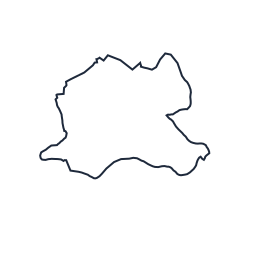 Ini, Akwa Ibom, Nigeria, rotated 134°
{"feature_id": "59680162B87442417129591", "entity_name": "Ini", "entity_type": "district", "adm_level": 2, "iso_a3": "NGA", "parent_name": "Nigeria", "parent_adm1": "Akwa Ibom", "projection": "robinson", "projection_center": [7.758, 5.403], "detail": "fine", "context": "isolated", "style": "outline", "palette": "slate", "viewbox_px": 256, "rotation_deg": 134, "n_neighbors": 0, "source": "geoboundaries", "source_scale": "gbopen_adm2", "svg_char_len": 2534}
<svg xmlns="http://www.w3.org/2000/svg" viewBox="0 0 256 256"><g transform="rotate(134 128 128)"><path d="M154.0,202.4L155.4,199.9L157.7,200.0L159.5,196.7L160.8,195.0L161.6,193.2L161.9,191.5L162.9,188.8L164.4,185.2L165.6,183.8L168.2,180.4L169.9,178.6L172.7,174.6L173.7,172.7L174.4,171.9L173.7,170.8L174.3,168.5L176.6,167.0L178.3,166.2L179.9,166.5L182.6,166.5L184.3,166.9L184.6,166.9L185.9,166.9L186.8,166.9L187.9,167.2L189.6,167.2L190.9,168.3L192.2,169.5L193.9,171.0L195.6,171.3L197.6,171.7L200.6,172.0L201.9,172.4L204.2,173.1L205.9,173.5L207.6,172.7L208.9,172.0L210.2,170.1L210.5,168.2L209.8,167.0L208.2,165.1L205.8,163.7L203.1,161.4L201.1,159.1L199.1,156.9L197.1,154.3L196.5,151.5L195.2,151.3L194.1,150.1L198.6,139.8L194.3,133.8L193.8,133.1L192.2,130.4L191.2,128.1L189.5,124.4L189.2,122.1L188.5,120.2L187.8,117.6L186.8,116.4L185.5,115.7L183.8,115.3L182.5,115.0L180.8,115.0L179.1,115.0L172.2,115.4L162.2,114.4L155.2,111.4L149.2,105.8L145.8,103.5L143.5,100.5L142.8,98.3L142.1,95.6L141.1,93.7L140.7,91.8L140.0,88.4L139.0,85.4L138.3,83.5L137.3,81.6L136.0,80.1L135.0,79.0L132.0,77.1L130.0,75.3L128.6,73.0L127.6,71.9L126.9,70.4L126.6,68.8L126.9,65.8L126.5,63.5L126.8,60.5L126.2,58.6L125.2,57.1L123.8,56.0L121.8,54.5L120.1,53.4L118.5,53.0L116.8,52.6L113.5,52.4L112.2,52.3L111.8,52.3L109.2,52.7L107.5,53.1L105.5,54.3L103.2,55.4L101.9,55.8L99.9,56.2L98.2,55.8L98.6,53.2L98.2,51.3L96.5,51.7L94.9,52.5L93.2,52.5L89.7,52.0L88.6,53.3L87.9,54.8L87.3,56.3L87.0,58.2L86.3,60.1L87.0,62.8L88.0,64.3L89.0,65.4L90.7,66.9L92.0,68.4L93.4,70.7L94.4,72.9L94.8,75.2L94.8,77.5L94.5,78.6L94.1,80.5L94.2,83.2L93.9,85.4L93.9,87.3L93.9,88.9L93.9,90.8L93.6,94.5L93.0,96.8L92.6,98.3L92.0,100.2L92.0,102.9L92.4,104.4L92.4,106.3L92.1,109.0L90.7,108.6L89.4,107.1L88.1,106.3L87.1,105.2L85.7,104.9L83.7,104.5L81.7,103.8L79.4,103.4L78.1,102.6L77.1,101.9L75.7,100.8L74.4,99.7L73.4,98.5L70.7,98.5L69.1,98.6L67.8,99.3L67.1,99.7L66.1,100.6L65.1,101.6L63.8,103.1L62.5,104.7L61.1,105.8L59.9,106.7L58.8,107.4L56.9,109.7L56.2,111.2L55.2,113.1L54.3,115.8L53.9,117.3L54.0,120.3L54.0,120.5L53.0,125.4L51.5,128.3L46.9,137.5L45.5,148.2L48.5,153.0L56.4,152.5L64.7,150.0L69.4,151.3L71.6,155.5L73.3,158.2L74.9,161.3L74.0,162.0L73.6,163.0L72.7,164.5L73.2,164.5L82.9,165.4L84.5,180.6L89.7,193.0L96.4,192.4L97.2,197.3L97.5,197.3L98.0,197.4L99.1,197.8L99.9,198.1L100.4,198.5L101.2,197.3L102.3,195.8L104.1,197.4L107.3,196.8L118.5,198.0L132.4,203.0L137.8,204.7L139.9,202.0L140.7,201.8L143.5,201.9L148.2,198.0L153.1,202.3L154.0,202.4Z" fill="none" stroke="#1e293b" stroke-width="2"/></g></svg>